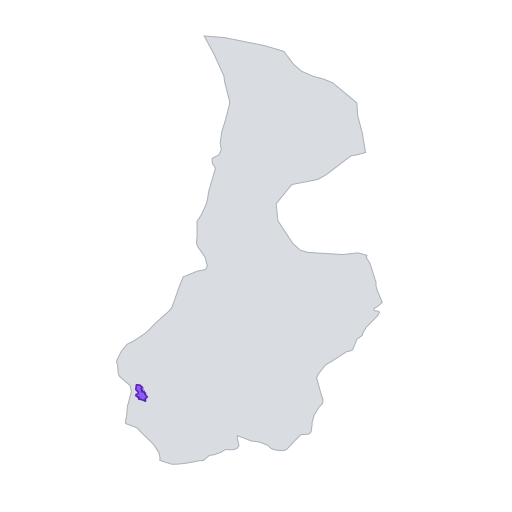 Ūdrīšu pag., Kraslavas, Latvia (highlighted), rotated 95°
{"feature_id": "27541924B10135077648270", "entity_name": "Ūdrīšu pag.", "entity_type": "district", "adm_level": 2, "iso_a3": "LVA", "parent_name": "Latvia", "parent_adm1": "Kraslavas", "projection": "albers", "projection_center": [27.063, 55.925], "detail": "fine", "context": "in_parent", "style": "filled", "palette": "violet", "viewbox_px": 512, "rotation_deg": 95, "n_neighbors": 0, "source": "geoboundaries", "source_scale": "gbopen_adm2", "svg_char_len": 4503}
<svg xmlns="http://www.w3.org/2000/svg" viewBox="0 0 512 512"><g transform="rotate(95 256 256)"><path d="M374.1,385.8L371.0,385.2L362.5,381.8L355.2,376.7L351.0,370.0L343.6,360.7L338.8,356.0L331.2,350.0L318.5,337.9L314.0,335.1L291.4,329.3L283.2,326.7L276.1,313.0L273.9,305.1L270.2,303.6L266.1,305.1L261.7,306.6L251.2,315.3L247.8,316.5L241.5,316.4L226.7,317.8L220.1,314.2L208.6,310.0L202.3,309.1L196.7,308.9L172.0,304.0L167.3,307.7L162.6,308.2L158.5,301.8L153.1,299.8L146.9,301.5L135.8,301.0L122.8,298.2L106.2,295.5L103.6,296.0L84.4,302.7L79.8,303.5L58.4,315.5L41.3,326.8L41.2,306.3L45.7,265.9L49.8,246.0L61.8,235.2L68.0,226.6L72.1,214.7L74.0,203.5L77.0,194.4L94.7,168.9L107.2,167.0L124.4,160.8L143.3,155.9L146.4,164.0L147.9,170.1L169.0,193.3L174.3,201.0L181.7,226.6L202.2,240.5L219.0,237.2L226.4,231.4L240.2,220.5L246.4,212.4L247.9,204.3L247.0,169.8L244.0,154.7L245.6,145.5L247.9,146.0L253.5,141.8L272.0,134.1L275.6,133.8L279.8,132.2L291.3,126.2L294.9,129.7L297.9,133.6L299.5,133.7L300.4,132.3L300.2,129.8L301.1,128.1L304.3,129.2L317.3,139.9L322.3,142.4L325.8,143.2L329.9,148.1L341.1,151.6L342.5,154.1L343.3,157.3L353.8,170.7L358.5,177.3L367.9,183.5L372.0,185.0L388.6,178.9L393.2,176.7L397.0,176.7L400.9,180.0L409.8,184.3L417.9,185.7L419.4,185.4L426.2,185.8L428.6,187.5L430.2,195.9L438.1,202.5L445.3,208.0L447.2,210.5L447.8,215.4L447.4,221.1L446.5,224.1L443.6,227.6L441.0,236.3L440.7,244.5L436.6,258.8L437.6,259.1L446.4,256.4L448.9,257.8L450.9,261.0L451.6,269.9L454.6,273.9L457.6,280.2L458.7,285.0L464.4,290.8L464.9,294.6L468.6,307.8L470.1,315.5L470.8,321.4L469.2,329.0L467.8,334.1L465.9,333.9L460.8,335.3L452.7,341.5L440.7,356.2L437.6,359.4L434.5,370.5L433.7,371.6L426.6,371.1L424.7,370.9L417.5,371.1L402.0,368.3L396.0,370.2L388.0,381.3L385.0,383.0L375.7,384.5L374.1,385.8Z" fill="#d9dde1" stroke="#a8b0b8" stroke-width="1"/><path d="M406.7,361.8L406.7,361.6L406.6,361.4L406.5,361.5L406.5,361.4L406.6,361.0L406.8,361.2L407.0,361.2L406.9,360.9L406.8,360.5L407.5,360.6L407.7,360.3L407.7,360.2L407.8,360.1L408.1,360.2L408.1,360.3L408.4,360.3L408.5,360.3L408.8,360.3L408.8,360.2L408.8,359.9L408.8,359.7L408.7,359.5L408.6,359.4L408.5,359.2L408.4,359.2L408.9,359.0L408.8,358.8L408.7,358.8L408.8,358.8L408.7,358.8L408.7,358.7L408.8,358.5L408.8,358.4L408.8,358.2L408.8,357.9L409.1,357.4L409.4,357.0L409.4,356.9L409.5,356.7L409.4,356.4L409.4,356.0L409.3,355.9L409.3,355.5L409.4,355.4L409.4,355.5L409.4,355.3L409.4,355.2L409.6,355.1L409.8,354.8L410.1,354.6L410.2,354.1L410.1,353.9L410.0,353.7L409.9,353.6L410.0,353.5L409.7,353.4L409.4,353.4L409.4,353.5L409.1,353.7L408.9,353.7L408.8,353.8L408.7,353.8L408.4,353.9L408.2,354.0L408.1,353.9L407.8,353.8L407.7,353.7L407.4,353.4L407.2,353.1L406.6,352.6L406.3,352.4L406.2,352.3L406.0,352.1L405.9,352.0L405.7,352.2L405.5,352.3L405.3,352.5L405.1,352.7L404.9,352.9L404.8,353.0L404.7,353.2L404.6,353.4L404.2,353.7L404.0,353.8L403.9,354.0L403.7,354.2L403.7,354.3L403.4,354.4L403.4,354.5L403.2,354.6L402.9,354.7L402.8,354.8L402.7,354.8L402.4,355.0L402.3,354.8L402.2,354.4L401.9,354.7L401.8,354.8L401.0,355.9L400.9,355.7L400.9,355.8L400.7,355.8L400.8,356.0L400.9,356.3L401.0,356.3L400.9,356.4L401.0,356.5L401.0,356.8L401.1,357.0L400.8,357.1L401.0,357.4L400.9,357.4L400.8,357.6L401.0,357.7L400.9,357.7L400.9,357.8L400.7,357.9L400.6,358.0L400.4,358.0L400.3,358.3L400.2,358.3L399.8,358.4L399.9,358.1L399.7,357.8L399.5,357.7L399.6,358.0L399.3,358.2L399.2,358.0L398.9,358.1L398.0,358.6L397.9,358.6L397.8,358.4L397.8,358.5L397.7,358.4L397.4,358.4L397.2,358.3L397.2,358.2L396.9,357.8L396.9,357.7L396.8,357.8L396.5,358.1L396.0,358.4L395.8,358.7L395.7,359.2L395.7,359.3L395.6,359.5L395.4,359.6L395.2,359.7L395.1,359.8L394.9,359.9L394.8,360.3L394.8,360.9L394.5,361.7L394.5,361.8L394.5,362.0L394.6,362.3L394.8,362.6L394.9,362.8L394.6,363.3L394.6,363.5L394.7,363.8L394.9,363.9L395.0,364.0L395.3,364.0L396.1,364.1L396.3,364.1L396.8,364.0L397.0,364.0L398.1,364.1L398.6,364.1L398.8,364.1L399.1,364.2L399.3,364.2L399.6,364.1L399.8,363.8L400.1,363.5L400.2,363.3L400.3,363.0L400.5,362.8L400.9,362.7L401.0,362.5L401.1,362.4L401.1,362.2L401.4,362.0L401.4,361.9L401.6,361.9L401.9,361.7L402.0,361.6L402.3,361.4L402.5,361.3L402.8,361.4L403.0,361.4L403.3,361.3L403.5,361.5L403.7,361.8L403.7,362.0L403.8,362.2L403.9,362.4L403.9,362.5L404.0,362.6L404.2,362.8L404.3,363.1L404.4,363.3L404.5,363.5L404.9,363.6L405.0,363.6L405.6,363.4L405.8,363.4L406.0,363.2L406.2,362.8L406.2,362.7L406.3,362.5L406.4,362.2L406.5,362.0L406.6,361.9L406.7,361.8Z" fill="#8b5cf6" stroke="#5b21b6" stroke-width="1.5"/></g></svg>